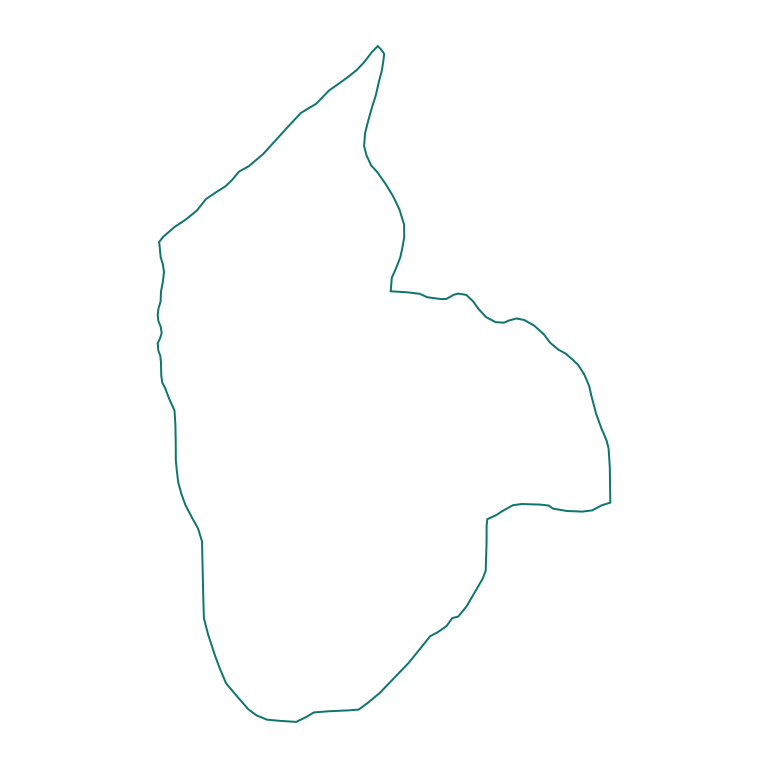 the district of Mvoung, Ogooué-Ivindo, Gabon
{"feature_id": "22940354B15845982668686", "entity_name": "Mvoung", "entity_type": "district", "adm_level": 2, "iso_a3": "GAB", "parent_name": "Gabon", "parent_adm1": "Ogooué-Ivindo", "projection": "equal_earth", "projection_center": [12.149, 0.446], "detail": "fine", "context": "isolated", "style": "outline", "palette": "teal", "viewbox_px": 768, "rotation_deg": 0, "n_neighbors": 0, "source": "geoboundaries", "source_scale": "gbopen_adm2", "svg_char_len": 1962}
<svg xmlns="http://www.w3.org/2000/svg" viewBox="0 0 768 768"><path d="M377.7,46.1L371.8,52.2L364.0,62.4L356.3,70.4L344.9,79.3L328.8,90.7L316.3,103.7L307.9,108.7L300.9,112.9L288.2,126.5L263.2,154.0L248.9,166.1L239.0,171.6L231.7,180.4L225.4,186.3L215.5,192.6L205.9,199.1L196.8,210.6L185.5,219.7L174.3,227.2L163.1,236.9L159.1,242.0L159.7,247.0L160.7,257.4L162.8,264.0L164.0,272.0L162.9,281.7L161.0,291.5L160.6,301.5L158.5,308.4L157.7,315.0L158.3,320.8L160.6,326.4L161.7,333.0L160.3,337.7L157.7,343.3L158.3,350.5L160.3,355.9L161.0,362.5L161.2,373.6L161.4,376.8L162.3,382.6L165.3,388.6L169.3,399.1L174.5,410.5L175.4,425.1L175.7,440.4L175.8,451.4L175.8,460.0L176.8,470.5L178.2,482.3L181.3,493.6L185.3,504.8L192.4,518.4L198.1,528.7L202.0,541.3L203.3,598.1L203.9,618.2L208.2,634.8L215.2,656.1L219.9,668.7L226.0,683.2L237.1,696.4L248.3,709.2L256.4,715.3L267.1,719.7L280.6,720.9L296.3,721.9L306.0,717.1L313.9,712.4L330.0,711.2L348.1,710.4L358.6,709.6L367.6,703.0L379.7,693.0L409.0,662.5L430.2,636.2L437.7,632.2L446.6,626.0L452.1,618.2L458.3,616.5L466.6,606.3L482.6,578.8L485.7,570.8L486.6,541.7L486.6,525.9L487.3,519.2L496.8,514.8L501.8,511.4L512.9,505.2L521.9,504.0L540.7,504.6L548.9,505.6L553.0,508.6L566.9,511.0L582.2,511.6L592.1,510.4L601.5,505.4L610.3,502.6L609.8,467.2L608.6,448.6L606.6,440.6L601.2,427.8L596.0,413.4L591.2,395.1L589.1,385.8L584.3,374.6L578.2,364.9L573.3,360.3L566.1,353.9L558.2,349.5L550.1,342.7L543.8,334.3L534.5,325.9L524.3,320.0L516.5,318.5L509.2,320.4L504.0,322.7L495.5,322.1L485.9,317.0L478.6,309.0L473.1,301.4L466.3,294.9L458.4,293.6L454.2,294.6L446.3,298.9L441.2,299.1L427.1,297.2L419.7,293.8L407.2,292.3L390.7,291.3L391.8,277.8L396.3,267.6L400.3,257.3L402.1,249.1L404.2,237.5L404.1,224.6L399.4,209.4L393.2,196.5L386.1,184.7L377.1,171.9L371.2,165.5L366.5,155.4L364.1,146.1L365.1,133.0L368.6,119.3L372.3,106.3L375.7,95.7L379.1,80.9L381.9,70.4L383.3,61.1L384.2,53.9L380.9,49.3L377.7,46.1Z" fill="none" stroke="#0f766e" stroke-width="2"/></svg>